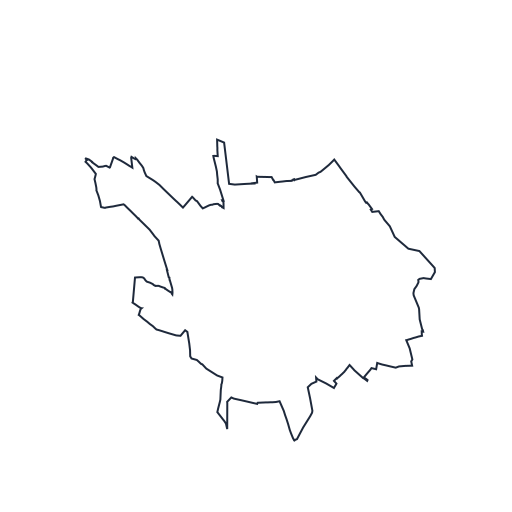 Jēkabpils, Jekabpils, Latvia (Robinson projection), rotated 231°
{"feature_id": "27541924B6022937125095", "entity_name": "Jēkabpils", "entity_type": "district", "adm_level": 2, "iso_a3": "LVA", "parent_name": "Latvia", "parent_adm1": "Jekabpils", "projection": "robinson", "projection_center": [25.88, 56.501], "detail": "fine", "context": "isolated", "style": "outline", "palette": "slate", "viewbox_px": 512, "rotation_deg": 231, "n_neighbors": 0, "source": "geoboundaries", "source_scale": "gbopen_adm2", "svg_char_len": 5988}
<svg xmlns="http://www.w3.org/2000/svg" viewBox="0 0 512 512"><g transform="rotate(231 256 256)"><path d="M88.3,171.3L87.9,172.6L93.1,184.8L97.4,197.3L98.9,200.9L100.2,202.4L111.4,208.5L121.4,213.6L121.8,218.6L120.4,223.9L123.7,226.2L121.3,226.4L112.8,230.3L104.4,233.5L104.5,233.7L105.8,237.3L106.2,238.2L109.9,238.0L110.3,241.9L109.8,241.9L109.9,242.9L109.9,244.3L109.9,245.2L110.1,247.3L110.1,248.1L110.2,249.4L110.3,250.2L110.4,251.7L110.6,252.4L110.8,253.4L111.0,254.4L111.4,255.6L111.5,256.5L112.4,260.1L111.3,260.2L108.0,260.4L106.4,260.5L105.4,260.5L93.7,262.4L93.1,262.8L92.2,263.0L91.6,263.2L89.0,263.8L89.4,264.6L90.8,264.3L92.1,263.9L93.8,263.5L94.4,266.5L95.1,270.2L95.6,273.1L96.2,275.2L92.4,278.1L96.6,282.9L95.3,283.7L92.2,285.8L89.3,288.1L85.9,290.7L81.3,294.3L80.2,297.6L76.7,302.8L72.5,308.3L76.4,310.3L77.2,312.4L87.5,317.3L96.0,319.8L95.6,320.6L95.0,322.2L94.2,324.0L93.4,326.2L93.0,327.2L92.3,328.7L91.3,331.2L91.2,331.5L89.5,334.8L90.7,335.5L93.1,337.3L92.0,338.3L93.4,339.0L93.8,338.8L95.3,339.4L103.7,343.3L111.9,349.2L113.4,350.0L125.6,353.6L126.4,353.9L128.1,355.0L130.6,358.2L131.2,360.4L131.5,361.6L132.0,362.8L133.2,365.5L133.9,366.2L135.3,367.0L135.3,368.7L133.4,372.3L131.6,373.9L128.0,377.4L130.9,384.9L134.2,387.3L134.6,387.3L157.0,386.1L165.8,379.0L183.5,375.8L194.9,378.7L202.9,378.5L204.1,378.6L205.1,378.8L206.6,379.1L210.2,379.2L213.6,379.6L217.1,374.1L219.8,374.4L219.5,375.7L223.7,375.9L225.0,376.0L225.9,375.9L227.3,375.9L227.9,375.9L228.0,375.1L229.7,375.1L238.7,376.5L239.6,376.6L239.9,376.7L240.7,376.4L240.8,376.4L247.9,376.2L248.6,376.2L260.4,376.3L261.0,376.4L261.2,376.5L272.0,377.0L272.9,377.1L281.7,377.5L281.4,375.2L280.9,369.9L280.8,361.7L280.8,359.1L281.4,357.1L281.5,353.5L286.0,344.5L289.5,336.8L290.8,334.0L290.8,333.8L291.7,334.0L291.8,333.7L291.4,333.7L291.9,332.5L292.2,331.4L291.9,331.4L292.1,330.8L295.2,326.7L297.7,322.7L298.0,322.3L301.4,316.9L302.8,317.2L304.2,317.4L304.3,317.2L307.5,317.8L308.1,317.1L309.5,315.4L310.2,314.6L316.8,306.8L317.3,306.6L312.3,303.1L314.5,299.5L313.9,299.6L315.3,297.7L316.0,296.8L318.7,293.1L324.8,284.5L329.0,280.5L363.9,302.4L364.2,302.6L368.9,300.1L370.9,299.0L365.3,294.7L364.4,294.1L362.6,292.6L357.7,289.1L360.1,286.6L360.6,285.8L359.0,284.9L350.6,281.0L346.3,278.8L343.5,276.9L339.7,274.5L337.2,272.5L336.7,272.0L330.3,269.9L319.5,265.6L320.5,264.7L319.8,264.5L319.4,264.9L317.9,264.3L313.7,261.0L314.7,260.6L315.2,260.3L315.5,260.4L316.8,260.4L317.3,259.9L317.5,260.0L317.8,259.7L318.4,259.6L318.7,259.8L318.8,259.7L319.2,259.4L320.3,259.3L321.0,258.6L322.0,257.1L322.5,256.3L322.9,255.7L323.3,254.4L324.2,253.1L324.3,252.9L324.9,251.3L325.6,248.3L325.8,247.3L326.5,244.6L329.8,244.4L331.7,244.5L335.7,244.7L337.2,244.0L341.1,243.8L342.2,243.6L341.3,239.0L340.0,232.0L339.6,229.7L343.9,229.2L347.8,228.7L348.9,228.5L352.5,228.0L366.9,226.2L368.1,226.1L370.8,225.8L371.9,225.7L374.5,225.1L377.0,224.5L378.0,224.2L379.1,223.9L380.0,223.6L381.2,223.2L387.1,221.1L391.0,222.1L393.3,222.9L395.3,223.8L396.4,223.9L396.7,224.0L397.2,224.0L398.0,224.1L399.2,224.1L400.7,224.1L401.9,224.1L403.6,224.2L404.1,224.2L405.5,224.3L407.4,224.1L407.1,223.9L407.0,223.4L408.6,222.6L411.1,221.7L411.4,221.6L410.9,220.8L402.5,215.5L404.0,215.0L405.7,214.3L407.9,213.6L411.7,212.3L415.6,210.8L416.5,210.4L418.2,209.6L422.2,207.9L422.2,206.8L421.8,206.4L420.0,203.5L419.5,202.7L418.6,201.2L416.8,198.3L416.8,197.9L420.4,196.3L420.5,196.1L421.0,195.3L421.9,193.2L424.4,189.6L426.5,189.1L432.1,187.6L432.3,187.9L436.1,186.9L439.5,184.8L437.0,185.0L437.1,184.7L436.5,182.8L434.2,183.1L430.8,183.3L429.1,183.4L427.1,183.4L424.0,183.3L420.6,183.2L419.7,182.1L418.0,179.8L417.4,178.9L413.7,177.1L409.9,175.1L408.2,174.0L407.5,173.3L402.3,171.6L396.9,169.3L392.0,166.6L391.9,166.6L391.5,166.4L391.2,166.6L390.3,167.4L389.0,168.4L388.3,169.2L388.2,169.7L386.0,173.6L384.4,176.2L383.2,178.6L379.5,185.6L377.9,186.0L375.6,186.2L373.8,186.4L369.9,186.9L366.9,187.2L362.6,187.7L359.9,187.9L359.2,187.9L359.1,188.4L357.4,188.3L343.4,189.9L336.9,189.7L335.3,189.6L329.1,190.0L328.3,189.5L327.7,189.3L326.5,188.6L322.0,186.7L309.7,181.7L300.9,178.2L301.1,177.9L294.4,174.8L293.7,175.1L292.8,174.4L291.5,173.7L291.4,173.8L284.0,170.7L282.6,169.9L279.9,167.9L278.8,166.8L279.4,166.8L279.9,166.9L280.3,167.1L280.6,167.2L281.0,167.1L281.7,167.0L281.9,166.7L284.6,165.8L285.7,165.5L286.2,165.3L286.8,165.2L287.4,165.0L287.6,164.8L287.8,164.7L288.4,165.0L288.8,164.8L289.0,164.7L289.8,164.1L291.1,163.3L292.7,162.3L293.7,161.8L294.1,161.5L294.5,161.1L294.8,160.6L295.3,160.0L295.8,159.3L296.1,158.9L296.3,158.9L296.7,158.9L296.9,158.8L297.1,158.6L297.6,158.3L298.1,158.2L299.3,158.1L300.2,157.6L301.4,157.1L302.2,156.7L302.8,156.3L303.7,155.7L304.6,155.1L305.4,154.9L307.0,154.8L308.9,155.0L310.2,154.7L311.0,154.2L311.7,153.5L312.6,152.4L313.6,151.0L314.6,149.6L315.4,148.4L297.9,131.5L297.5,130.7L293.4,132.0L291.2,132.6L289.6,133.1L288.8,133.4L288.1,133.7L287.6,134.0L287.4,134.2L287.4,133.9L287.4,133.5L287.4,133.1L287.1,132.6L286.7,131.9L285.9,130.7L284.9,129.3L284.0,127.8L283.5,128.0L277.6,129.0L273.3,130.1L270.0,130.7L266.4,131.7L263.1,132.1L261.5,132.4L259.3,134.0L256.3,136.0L255.2,136.7L250.7,139.7L244.5,144.0L241.5,147.1L242.9,154.2L240.2,154.9L229.9,149.0L224.2,145.4L219.4,141.7L216.9,141.4L212.4,144.6L209.3,145.1L209.0,145.1L207.0,145.4L206.4,145.5L205.7,146.1L199.8,146.5L187.6,150.6L182.7,153.5L180.2,151.2L178.7,149.5L177.7,147.9L177.3,147.7L177.1,147.5L175.8,146.2L174.5,144.8L174.0,144.3L166.8,137.9L165.3,136.0L161.3,130.6L159.0,127.7L149.3,127.5L147.8,127.5L144.7,127.2L139.6,124.7L151.9,134.7L159.6,141.0L160.8,141.8L161.6,147.8L159.2,149.0L157.9,150.0L152.9,154.0L148.3,157.6L140.3,163.8L140.9,164.9L135.6,172.1L134.9,172.9L133.3,175.1L132.0,176.7L130.0,179.6L128.3,182.9L118.1,180.1L114.1,178.5L110.1,177.1L105.2,175.2L99.6,172.8L96.1,171.6L90.8,170.0L90.1,170.0L89.9,169.9L89.5,169.8L88.7,169.6L88.4,169.7L88.4,169.8L88.5,170.1L88.3,171.3Z" fill="none" stroke="#1e293b" stroke-width="2"/></g></svg>